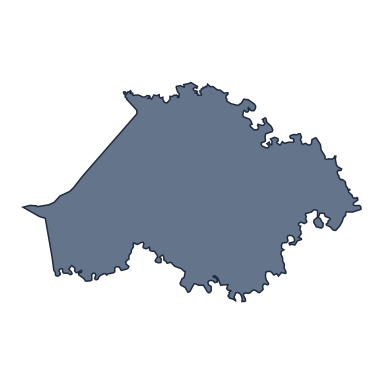 outline of Mueang Yang, Nakhon Ratchasima, Thailand
{"feature_id": "78962969B16605171909127", "entity_name": "Mueang Yang", "entity_type": "district", "adm_level": 2, "iso_a3": "THA", "parent_name": "Thailand", "parent_adm1": "Nakhon Ratchasima", "projection": "orthographic", "projection_center": [102.902, 15.442], "detail": "fine", "context": "isolated", "style": "filled", "palette": "slate", "viewbox_px": 384, "rotation_deg": 0, "n_neighbors": 0, "source": "geoboundaries", "source_scale": "gbopen_adm2", "svg_char_len": 5988}
<svg xmlns="http://www.w3.org/2000/svg" viewBox="0 0 384 384"><path d="M126.6,99.1L136.7,110.1L137.0,112.9L136.5,114.3L82.9,175.8L73.6,187.6L69.8,191.4L59.8,196.1L54.3,202.3L48.8,204.8L38.3,206.5L36.9,206.5L36.4,205.8L30.1,205.4L23.0,207.2L39.4,216.5L45.3,218.3L52.2,257.8L53.8,270.3L55.4,272.7L55.5,275.2L56.5,276.0L58.3,276.0L60.1,274.7L60.3,273.5L58.8,270.6L59.5,269.5L61.3,268.6L62.5,269.2L62.7,271.8L63.6,273.1L68.2,273.3L70.4,274.7L71.6,274.4L72.1,273.6L71.5,272.1L68.8,269.1L71.6,265.6L74.9,268.0L74.7,271.1L76.0,272.6L77.4,272.6L81.0,270.4L81.7,270.5L81.4,272.1L78.7,273.4L78.6,274.7L84.0,278.7L85.3,280.8L86.7,281.2L90.7,280.7L91.8,280.0L91.7,274.5L93.1,273.3L94.7,273.2L95.6,274.3L95.8,275.4L94.6,278.3L95.4,279.6L96.5,279.8L98.0,279.0L98.9,276.9L100.5,275.3L104.1,273.6L105.4,273.7L106.8,275.1L107.7,274.0L113.8,272.7L114.8,271.6L114.7,268.2L115.7,266.9L119.2,266.9L121.2,270.4L126.4,269.2L128.3,268.0L128.9,266.4L126.1,264.1L125.6,262.1L126.8,260.4L128.9,259.2L129.0,255.5L131.1,252.7L131.5,249.8L133.4,246.9L133.3,243.1L134.2,242.9L136.1,244.2L137.7,244.4L141.3,242.4L143.0,242.3L143.9,243.7L143.0,246.9L143.5,247.9L146.2,248.8L149.4,247.2L149.6,249.8L150.3,250.8L154.6,251.5L157.0,254.8L157.6,256.7L155.1,260.7L155.8,261.9L158.3,262.8L161.0,262.5L161.2,258.7L159.5,257.3L161.9,255.3L162.8,255.2L163.8,257.1L163.8,259.9L166.3,261.7L167.1,263.3L170.8,262.3L174.7,266.2L181.7,268.9L183.4,270.8L185.2,271.7L184.2,277.3L182.0,278.8L180.0,283.6L181.1,285.4L185.1,287.4L187.8,292.1L188.9,292.1L190.0,291.3L193.9,284.1L195.0,283.6L198.7,285.3L203.4,285.2L207.2,291.5L208.5,292.7L209.7,292.7L211.3,290.6L211.1,286.4L208.5,284.8L207.9,282.1L209.3,280.7L211.0,280.4L213.2,281.0L214.9,282.6L217.0,282.2L217.4,281.3L216.7,278.4L213.1,276.7L213.4,276.0L215.1,275.8L217.8,278.2L220.7,285.2L227.9,284.6L226.7,288.6L227.8,290.0L230.8,290.8L229.0,292.4L229.2,294.3L228.0,295.9L229.6,298.1L233.0,299.1L235.6,300.7L235.6,299.8L234.2,298.3L234.3,296.6L235.8,292.9L237.9,292.5L240.3,294.0L241.1,295.4L242.2,298.4L241.9,301.5L245.0,301.4L245.5,300.7L245.2,298.6L243.3,295.1L244.1,293.1L249.6,293.1L253.2,290.0L255.5,290.4L258.1,292.4L259.6,292.6L263.1,289.4L262.6,286.0L263.7,284.2L265.0,283.8L267.4,284.9L268.4,284.4L268.5,283.3L266.2,279.8L265.4,276.2L265.8,272.6L266.6,271.7L270.0,271.3L271.8,272.5L273.8,275.0L276.8,273.7L278.5,276.1L281.5,272.4L285.1,273.5L285.9,273.2L286.0,272.0L284.1,267.9L284.4,264.1L282.8,261.7L282.5,257.4L280.9,254.3L281.4,251.3L283.9,249.8L281.6,248.4L281.5,244.5L283.1,242.7L286.1,242.7L287.7,241.6L288.0,240.6L287.2,237.8L287.9,235.9L288.7,235.4L292.1,235.7L294.1,237.7L294.6,240.5L293.8,241.9L289.4,242.9L289.1,243.6L289.8,245.0L291.7,244.3L294.8,245.0L297.6,240.8L301.5,239.5L301.3,238.5L298.5,237.3L301.1,233.9L300.9,231.0L299.7,229.4L300.7,226.2L298.7,225.2L298.4,223.9L300.0,222.4L302.0,222.5L304.3,223.6L306.5,222.4L306.8,221.2L305.6,219.3L306.3,216.3L305.3,214.8L305.8,213.5L311.3,212.1L313.9,209.7L316.9,210.3L317.6,211.6L317.4,217.3L314.0,220.1L313.7,222.3L316.3,226.8L321.3,228.1L322.9,226.9L323.2,223.3L322.0,222.2L320.3,218.7L318.6,217.6L318.5,216.8L319.9,213.3L323.0,213.1L324.3,213.6L325.3,216.5L329.4,217.9L330.1,219.0L329.8,219.8L328.2,220.8L328.0,222.6L326.2,224.2L326.3,225.0L330.3,226.9L332.8,229.8L335.1,230.5L336.2,230.0L339.7,225.9L342.2,221.6L343.4,217.7L345.6,215.4L345.6,213.4L346.5,211.8L352.3,212.1L361.0,209.3L360.8,206.8L359.6,205.5L354.6,205.6L353.4,204.8L353.5,203.0L357.8,200.1L357.5,197.9L357.0,197.5L356.1,198.4L355.0,197.9L354.0,198.4L352.4,196.8L352.1,195.2L348.8,192.4L348.4,190.1L349.8,189.9L349.8,189.4L347.6,189.3L347.5,188.0L345.9,185.8L345.4,182.0L343.3,180.0L341.8,179.4L340.7,179.9L338.7,176.9L338.9,175.8L337.7,174.5L337.2,172.1L338.3,170.2L340.0,170.7L341.3,170.0L341.6,168.9L337.7,166.8L336.3,164.7L335.3,158.8L335.9,156.2L334.8,156.0L333.8,158.2L331.7,159.2L328.9,158.8L326.8,159.4L325.1,158.8L325.0,156.2L321.2,150.2L320.4,144.6L316.3,138.0L315.3,137.9L312.0,139.5L311.4,143.8L310.3,144.8L308.5,145.1L305.6,143.3L303.1,144.2L301.6,143.8L301.5,141.6L300.3,140.0L301.5,137.2L300.4,133.9L298.7,133.8L296.7,134.8L293.9,134.5L290.3,135.6L289.8,136.8L290.6,138.2L293.5,138.9L293.9,141.6L293.4,142.2L288.7,142.2L284.6,143.3L282.3,141.7L280.7,144.5L279.8,145.0L276.8,142.9L276.8,141.8L278.3,140.7L277.9,138.6L274.5,137.3L270.5,139.0L272.0,141.3L271.8,144.8L270.3,144.6L269.2,142.1L266.9,143.7L269.3,146.1L268.4,147.6L266.4,147.9L261.9,145.9L261.2,144.5L261.4,142.8L264.2,141.9L265.4,140.9L265.1,136.2L265.7,133.8L272.2,131.6L272.8,129.8L271.3,126.5L266.7,122.1L266.0,118.6L265.0,117.9L262.4,119.4L263.3,120.3L263.3,121.9L264.8,122.9L264.5,124.1L263.6,125.2L262.3,125.5L258.0,124.2L257.5,125.6L258.6,127.1L257.9,129.5L254.2,129.9L250.2,126.3L250.2,125.0L252.1,124.2L251.0,121.2L249.5,119.1L243.3,116.7L242.8,114.7L243.5,111.3L244.5,110.4L246.1,112.1L247.8,111.9L248.9,110.2L248.0,108.6L248.4,107.7L251.2,110.7L254.0,110.7L255.4,108.6L255.7,106.3L254.5,104.2L248.2,99.7L243.7,99.2L241.4,103.1L237.9,105.4L231.0,103.7L226.6,101.0L227.0,99.3L226.0,98.1L225.9,96.1L228.0,94.1L227.9,92.7L224.0,93.2L220.4,90.2L217.3,89.9L213.2,86.7L210.1,86.6L207.6,84.2L206.6,86.8L205.4,86.5L204.2,87.8L203.0,87.4L202.7,88.7L201.4,88.9L201.1,90.3L199.9,90.8L200.1,92.7L201.2,93.3L201.4,95.1L197.8,95.2L197.8,93.8L195.4,92.9L197.4,91.9L197.1,91.2L193.9,90.4L193.1,88.8L195.0,87.3L196.8,88.3L197.5,86.5L190.8,82.5L188.6,83.6L183.7,84.6L184.4,86.6L184.1,87.2L180.4,85.7L176.4,86.4L176.2,87.4L177.6,91.9L179.2,93.9L178.9,97.4L177.5,97.5L177.5,95.7L176.2,94.9L175.4,95.5L174.2,95.1L171.9,96.6L169.9,96.4L170.2,99.4L167.0,102.9L164.5,102.4L162.9,99.6L162.8,97.2L160.8,98.0L159.5,97.3L159.2,94.7L156.7,95.7L153.9,95.0L151.6,99.1L150.3,98.0L148.2,98.3L150.0,96.4L149.3,95.8L147.0,95.6L145.1,96.9L143.0,97.1L138.5,95.0L133.0,95.3L132.6,93.1L130.9,93.6L130.2,93.2L131.1,91.6L130.5,90.7L129.5,91.6L127.5,92.1L126.7,94.0L125.1,91.8L123.5,92.1L123.7,93.3L125.4,95.4L125.1,97.0L126.8,98.3L126.6,99.1Z" fill="#64748b" stroke="#1e293b" stroke-width="1.5"/></svg>